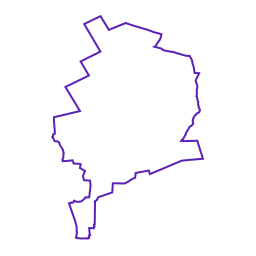 outline of Corod, Galati, Romania, rotated 181°
{"feature_id": "2599482B26209391371274", "entity_name": "Corod", "entity_type": "district", "adm_level": 2, "iso_a3": "ROU", "parent_name": "Romania", "parent_adm1": "Galati", "projection": "equal_earth", "projection_center": [27.618, 45.942], "detail": "fine", "context": "isolated", "style": "outline", "palette": "violet", "viewbox_px": 256, "rotation_deg": 181, "n_neighbors": 0, "source": "geoboundaries", "source_scale": "gbopen_adm2", "svg_char_len": 5414}
<svg xmlns="http://www.w3.org/2000/svg" viewBox="0 0 256 256"><g transform="rotate(181 128 128)"><path d="M202.2,137.5L202.2,134.6L201.6,127.9L201.1,123.3L201.1,122.4L201.0,121.2L201.5,121.0L201.7,120.9L201.9,120.6L202.5,120.3L202.7,120.1L202.8,120.0L202.8,119.6L202.7,118.4L202.9,118.3L203.3,118.2L203.5,118.0L203.4,117.6L203.1,117.1L202.2,115.8L202.1,115.6L202.0,115.2L201.9,114.9L201.5,114.1L200.7,113.4L198.9,113.4L198.1,113.4L197.2,112.8L196.8,112.4L196.5,112.1L196.3,111.5L196.1,110.4L192.9,105.4L192.6,104.8L192.5,104.3L192.4,103.8L192.2,103.3L192.1,102.6L191.9,102.3L191.8,101.7L192.1,101.5L192.1,99.3L192.2,97.4L192.3,96.5L192.5,96.0L193.0,95.6L192.9,94.8L192.7,93.7L191.7,93.8L190.3,93.8L189.1,93.9L186.4,94.3L183.0,94.7L182.9,94.1L182.8,93.7L182.2,93.0L181.9,92.2L181.7,91.5L178.0,91.4L176.3,91.3L175.8,91.3L175.2,91.2L174.6,90.7L175.1,88.7L175.3,87.5L175.3,87.1L174.6,86.8L172.2,85.3L170.2,84.3L171.7,80.6L172.0,79.8L172.1,79.1L172.1,78.8L172.0,78.3L171.0,75.0L165.0,74.7L164.5,70.3L164.4,69.7L165.6,58.0L169.4,57.9L169.3,57.4L171.9,55.1L172.8,54.3L173.2,53.9L173.6,53.8L176.7,53.2L179.1,53.7L180.4,54.3L180.5,54.4L180.8,54.2L180.7,53.9L180.9,53.5L181.0,53.1L181.1,52.9L181.2,52.7L181.4,52.7L182.2,52.4L182.5,52.4L183.2,52.6L183.5,52.5L183.9,52.3L184.1,51.8L184.7,51.8L185.7,51.7L179.1,33.7L177.7,29.0L177.5,23.5L177.2,22.7L177.5,20.8L177.7,18.9L178.2,17.5L177.5,17.1L172.9,16.7L171.2,16.8L167.5,16.9L166.1,16.8L165.4,17.1L165.6,17.3L165.7,17.9L165.4,18.1L164.8,18.6L164.9,18.9L165.1,19.2L165.1,19.5L165.0,19.9L164.9,20.1L164.6,20.2L164.6,20.6L164.5,21.1L164.3,21.0L164.4,21.3L165.1,27.2L164.5,27.3L162.3,27.3L160.5,27.1L160.3,28.1L160.3,28.6L159.9,28.7L160.3,29.8L160.4,30.8L159.6,30.9L159.7,53.9L159.9,54.0L159.7,54.3L159.4,54.4L158.7,54.8L158.2,55.3L157.7,55.7L157.4,55.9L157.4,56.1L157.4,56.5L157.0,57.4L156.6,58.0L155.9,58.6L154.1,59.2L142.6,63.3L142.2,72.4L134.5,72.5L131.9,72.4L130.8,72.5L130.2,72.6L127.3,74.1L124.1,76.3L122.2,77.4L120.6,78.2L120.0,78.4L119.5,83.2L106.4,85.8L105.3,82.3L73.7,96.3L63.9,97.4L59.7,97.8L52.5,98.6L54.6,104.9L55.0,105.7L56.3,109.9L56.8,111.3L58.6,116.6L61.3,116.3L62.0,116.3L63.7,116.2L65.7,116.1L66.3,116.1L67.1,116.0L67.5,116.0L69.3,116.0L71.5,115.9L72.7,115.9L73.3,115.9L74.4,116.0L74.6,116.0L74.0,117.0L73.7,117.2L73.4,117.6L73.1,117.7L72.9,117.9L72.6,118.2L72.0,119.3L71.5,120.2L71.2,120.8L71.1,121.2L71.0,121.4L70.9,121.5L70.7,121.7L70.6,121.8L70.4,122.0L70.2,122.4L70.2,122.7L70.3,123.0L69.8,124.0L69.7,124.3L69.6,124.5L69.5,124.9L69.4,125.0L69.1,125.3L68.5,126.4L68.4,126.6L68.2,127.0L67.9,127.5L67.6,127.9L67.4,128.2L67.2,128.7L67.1,129.1L67.0,129.3L66.9,129.4L66.7,129.7L66.5,130.0L66.3,130.4L66.0,130.6L65.8,130.7L65.6,130.9L65.3,131.0L64.5,131.5L64.4,131.6L64.3,131.8L63.4,132.6L63.1,132.8L62.9,133.3L62.9,133.7L62.9,134.0L63.0,134.3L63.2,134.7L63.3,135.0L63.4,135.3L63.3,135.6L63.3,135.8L63.4,136.0L63.4,136.3L63.4,136.6L63.4,136.9L63.4,137.2L63.3,137.6L63.2,137.9L63.1,138.0L63.0,138.4L63.0,138.7L62.9,138.8L62.7,139.0L62.5,139.3L62.4,139.5L62.4,139.8L62.3,140.0L62.0,140.5L61.9,140.8L61.8,141.0L61.6,141.1L61.4,141.5L61.2,141.9L61.0,142.0L60.6,142.2L60.5,142.3L60.1,143.1L59.8,143.4L59.6,143.6L59.4,143.7L59.2,143.8L58.8,144.0L58.3,144.3L58.1,144.4L58.0,144.5L57.8,144.7L57.7,144.7L57.3,144.8L57.1,145.0L56.9,145.3L56.8,145.9L56.6,146.7L56.5,146.9L56.5,147.6L56.5,147.8L56.6,148.1L56.8,148.4L57.2,148.8L57.5,149.3L57.6,149.9L57.7,150.1L57.6,150.8L57.8,151.5L58.0,151.8L58.0,152.0L58.2,152.3L58.2,152.5L58.3,152.6L58.4,152.9L58.4,153.1L58.4,153.4L58.4,153.5L58.4,153.9L58.3,154.4L58.2,155.1L58.3,155.4L58.5,155.9L58.8,156.8L59.0,157.1L59.2,158.0L59.2,158.6L59.3,159.0L59.6,160.3L59.9,160.3L60.1,161.0L60.1,161.4L60.0,161.6L59.9,161.7L59.9,161.9L59.9,162.1L59.9,162.4L59.8,162.6L59.8,162.8L59.7,164.5L59.8,166.0L59.9,167.1L59.8,168.1L59.7,168.7L59.5,169.6L59.4,170.1L59.4,170.3L59.5,170.9L59.5,171.3L59.6,172.0L59.8,172.6L60.2,173.3L60.4,174.1L60.5,174.4L60.5,174.7L60.6,175.0L60.8,175.5L61.0,175.7L61.1,176.3L61.0,176.9L60.9,177.5L60.5,178.4L59.6,180.2L59.5,180.6L59.4,180.8L59.2,181.1L59.0,181.3L57.9,184.0L58.1,184.0L59.0,184.1L59.7,184.1L61.2,184.2L62.4,184.2L62.4,184.6L62.4,184.8L62.5,185.3L62.7,186.3L63.0,188.1L63.1,188.8L63.5,190.4L63.6,190.8L63.9,191.6L63.9,191.8L64.0,192.0L64.1,192.3L64.4,192.9L64.6,193.6L64.8,194.3L64.9,194.7L64.9,195.2L64.9,196.1L65.1,196.5L66.1,198.4L67.2,200.3L67.6,201.2L68.2,201.1L71.1,201.2L72.9,201.7L75.1,202.2L76.5,202.6L77.9,203.0L79.0,203.3L79.6,203.5L79.8,203.5L80.0,203.5L80.3,203.5L80.6,203.7L81.1,203.9L83.2,204.6L84.2,204.8L87.8,205.3L90.2,205.6L91.5,205.9L93.2,206.3L94.2,206.6L94.6,206.7L94.8,206.7L94.9,206.8L95.0,207.2L95.2,207.4L95.4,207.6L95.8,207.9L96.4,208.2L99.2,208.8L101.1,209.3L101.6,209.4L102.0,209.5L102.8,209.7L102.6,209.8L102.0,210.5L101.7,210.9L101.1,211.6L100.9,212.0L100.3,213.0L100.0,213.6L99.6,214.1L99.4,214.5L99.1,214.9L98.9,215.1L98.8,215.3L98.2,216.1L97.9,216.6L97.6,217.0L97.5,217.6L97.2,218.1L96.9,218.8L96.8,219.5L96.5,220.4L96.3,221.9L96.2,222.4L98.6,223.0L100.0,223.4L100.4,223.4L102.3,223.9L104.9,224.6L105.4,224.9L107.8,225.7L109.6,226.3L113.4,227.4L116.6,228.3L120.0,229.2L124.5,230.5L131.2,232.6L132.2,232.9L148.9,225.8L150.8,228.9L154.0,234.0L155.3,235.8L155.7,236.5L156.5,238.0L157.2,239.3L157.4,239.3L163.0,236.6L169.3,233.4L173.6,231.2L156.9,203.9L176.5,193.7L168.0,179.8L191.3,167.9L176.3,144.1L202.2,137.5Z" fill="none" stroke="#5b21b6" stroke-width="2"/></g></svg>